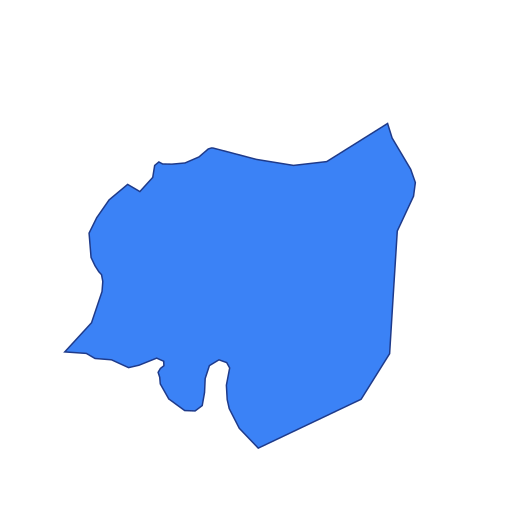 an SVG outline of Crnomelj, rotated 294°
{"feature_id": "SVN-945", "entity_name": "Crnomelj", "entity_type": "Municipality", "adm_level": 1, "iso_a3": "SVN", "parent_name": "Slovenia", "parent_adm1": "", "projection": "orthographic", "projection_center": [15.174, 45.522], "detail": "fine", "context": "isolated", "style": "filled", "palette": "blue", "viewbox_px": 512, "rotation_deg": 294, "n_neighbors": 0, "source": "natural_earth", "source_scale": "10m", "svg_char_len": 927}
<svg xmlns="http://www.w3.org/2000/svg" viewBox="0 0 512 512"><g transform="rotate(294 256 256)"><path d="M336.7,171.6L337.2,173.1L344.4,217.0L354.0,253.4L371.0,282.2L430.6,322.3L419.2,332.3L398.1,362.1L387.9,371.7L374.7,375.6L336.3,374.9L270.4,399.4L221.1,417.8L167.9,410.3L81.4,336.2L91.8,310.8L105.7,293.6L113.1,288.1L125.9,281.5L143.0,277.5L146.7,272.6L146.1,264.4L136.9,258.0L123.4,259.4L110.4,264.5L97.5,267.7L89.7,263.4L85.8,253.7L89.9,234.5L100.2,220.6L106.0,217.4L109.9,213.9L114.4,214.4L118.3,216.5L122.3,214.5L122.3,206.8L108.6,193.5L102.2,185.0L102.4,166.2L96.9,150.6L98.0,140.6L90.6,120.3L128.1,132.9L160.9,129.8L170.4,126.4L176.1,122.5L177.7,118.8L181.6,112.9L187.6,105.9L209.0,94.2L226.2,94.9L247.6,99.0L269.2,109.6L267.6,123.7L285.8,129.7L297.5,126.6L302.4,129.0L302.1,133.3L305.7,141.8L312.1,153.3L323.3,163.6L334.3,168.8L336.1,170.8L336.7,171.6Z" fill="#3b82f6" stroke="#1e3a8a" stroke-width="1.5"/></g></svg>